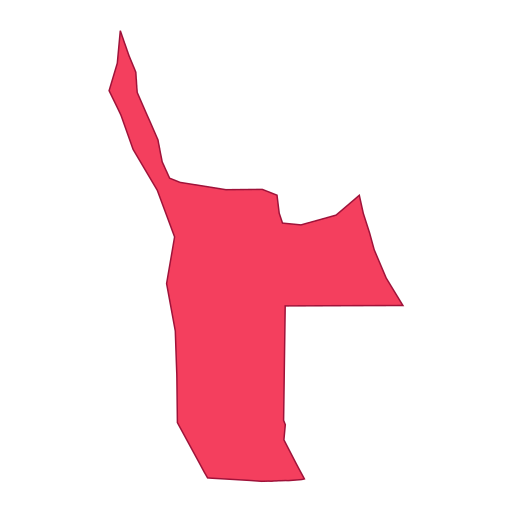 outline of Al Meiram, South Kordufan, Sudan
{"feature_id": "16777658B70397884779871", "entity_name": "Al Meiram", "entity_type": "district", "adm_level": 2, "iso_a3": "SDN", "parent_name": "Sudan", "parent_adm1": "South Kordufan", "projection": "orthographic", "projection_center": [27.504, 10.327], "detail": "fine", "context": "isolated", "style": "filled", "palette": "rose", "viewbox_px": 512, "rotation_deg": 0, "n_neighbors": 0, "source": "geoboundaries", "source_scale": "gbopen_adm2", "svg_char_len": 2545}
<svg xmlns="http://www.w3.org/2000/svg" viewBox="0 0 512 512"><path d="M109.1,90.7L117.5,107.9L120.7,114.6L121.3,116.1L133.1,149.4L157.3,190.3L165.4,212.1L174.6,236.9L169.8,264.9L167.9,275.9L166.6,283.6L175.3,331.0L176.3,360.5L176.7,371.6L176.8,373.7L176.9,379.0L177.4,422.6L178.8,425.2L180.0,427.4L199.2,462.7L202.1,468.1L204.3,472.2L207.6,477.9L211.6,478.2L232.3,479.4L249.2,480.4L261.5,481.3L265.7,481.2L265.8,481.2L268.4,481.1L268.6,481.1L269.0,481.1L270.2,481.2L271.8,481.2L273.5,481.0L275.2,480.9L276.5,480.9L277.6,480.8L278.7,480.7L281.0,480.7L283.6,480.6L285.9,480.5L287.0,480.6L288.4,480.6L289.9,480.5L296.2,480.0L301.1,479.6L302.3,479.4L304.1,479.0L304.4,478.9L299.2,469.3L295.7,462.7L284.5,441.0L284.3,440.7L284.2,440.4L284.1,440.2L283.9,439.8L284.0,438.8L285.3,424.7L283.6,420.4L285.2,305.9L335.6,305.7L402.9,305.5L386.2,278.1L374.2,249.8L369.6,233.0L363.3,213.4L359.3,195.3L336.1,215.1L301.0,224.9L282.5,223.1L279.2,213.2L277.0,195.2L262.3,189.4L225.9,189.7L180.1,182.4L169.6,178.2L169.4,177.8L169.3,177.6L169.2,177.2L169.0,176.8L168.8,176.4L168.7,176.2L168.5,175.8L168.3,175.4L167.8,174.1L167.7,174.0L167.4,173.4L167.3,173.2L167.1,172.6L167.0,172.4L166.6,171.5L166.1,170.5L165.8,169.9L165.7,169.6L165.6,169.4L165.5,169.2L165.3,168.8L165.2,168.4L165.0,168.1L164.9,167.9L164.8,167.7L164.6,167.2L164.5,166.9L164.3,166.5L164.2,166.4L164.2,166.2L164.0,165.9L163.8,165.3L163.6,165.0L163.5,164.7L163.4,164.6L163.3,164.4L163.3,164.2L163.1,163.9L162.9,163.5L162.8,163.1L162.6,162.8L162.3,162.1L162.1,161.7L162.1,161.3L162.0,160.9L161.6,158.8L160.8,154.8L160.7,154.5L160.6,153.9L159.8,149.7L159.6,148.3L159.3,147.2L159.1,145.8L158.6,143.5L158.0,140.0L149.5,120.5L146.9,114.7L146.3,113.3L146.1,112.9L140.7,100.5L137.4,92.9L137.2,92.4L137.1,90.9L136.8,87.7L136.7,85.4L136.6,84.7L136.4,80.9L136.3,79.5L136.2,78.9L136.1,76.9L136.0,75.1L135.8,72.2L134.9,70.0L134.7,69.4L134.4,68.7L133.7,67.0L133.6,66.8L133.2,65.9L132.5,64.1L132.4,64.0L131.8,62.4L131.3,61.4L131.1,60.7L130.7,59.9L130.5,59.4L130.4,59.1L130.3,58.9L130.1,58.3L130.0,58.1L129.9,58.0L129.5,56.9L129.3,56.4L129.2,56.3L129.0,55.7L128.9,55.6L128.9,55.4L128.8,55.1L128.7,55.0L128.6,54.5L128.1,53.3L127.9,52.5L127.7,52.0L127.6,51.7L127.2,50.7L126.9,49.8L126.9,49.7L126.8,49.4L126.6,48.8L126.4,48.3L125.9,46.8L125.6,46.0L125.4,45.4L125.0,44.2L124.6,43.3L124.4,42.7L124.1,41.7L124.0,41.4L123.9,41.3L123.8,40.9L123.7,40.7L123.6,40.3L123.4,39.6L123.0,38.5L121.9,35.4L121.4,33.8L121.1,33.0L120.7,31.9L120.3,30.7L117.3,63.2L109.1,90.7Z" fill="#f43f5e" stroke="#9f1239" stroke-width="1.5"/></svg>